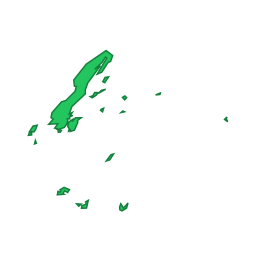 the district of Stykkishólmsbær, Vesturland, Iceland, rotated 169°
{"feature_id": "244011B37463664010444", "entity_name": "Stykkishólmsbær", "entity_type": "district", "adm_level": 2, "iso_a3": "ISL", "parent_name": "Iceland", "parent_adm1": "Vesturland", "projection": "orthographic", "projection_center": [-22.794, 65.108], "detail": "medium", "context": "isolated", "style": "filled", "palette": "green", "viewbox_px": 256, "rotation_deg": 169, "n_neighbors": 0, "source": "geoboundaries", "source_scale": "gbopen_adm2", "svg_char_len": 1945}
<svg xmlns="http://www.w3.org/2000/svg" viewBox="0 0 256 256"><g transform="rotate(169 128 128)"><path d="M172.6,179.3L170.8,178.6L173.1,174.0L183.8,166.8L188.3,166.4L199.7,157.5L201.6,152.9L199.7,151.0L205.1,146.8L196.0,145.6L200.0,141.8L197.2,140.6L197.2,137.1L195.2,136.9L193.8,138.3L196.9,139.8L190.4,140.7L186.9,144.0L185.6,147.2L185.9,148.7L183.5,148.1L183.3,149.9L179.8,150.9L182.2,151.4L179.8,153.8L183.0,153.0L179.0,159.8L163.3,169.7L162.7,173.5L158.9,179.9L143.2,194.4L149.5,192.1L140.8,197.4L136.6,202.0L135.4,200.7L148.0,186.7L143.0,187.8L135.2,196.0L132.4,196.7L129.2,202.0L134.7,208.2L156.7,198.7L172.1,185.5L172.6,179.3ZM185.4,135.6L181.0,136.1L176.2,143.1L176.2,145.0L172.0,147.0L177.6,148.0L181.7,145.0L180.7,147.0L185.2,145.1L186.9,141.1L185.9,138.6L186.9,136.3L185.0,137.1L185.4,135.6ZM210.1,75.9L203.5,75.2L204.3,76.0L202.2,78.5L199.5,76.2L197.2,78.7L202.1,81.9L206.6,80.3L205.9,79.2L206.8,77.9L208.8,79.2L210.1,75.9ZM149.7,47.8L144.8,49.5L142.3,54.4L147.7,50.2L149.5,55.0L151.3,52.1L151.6,49.3L149.7,47.8ZM189.0,58.1L184.0,57.3L180.8,64.6L183.7,63.6L183.2,61.9L184.4,61.1L188.1,60.5L189.0,58.1ZM225.3,143.3L221.0,142.1L219.0,144.1L216.6,148.1L220.9,148.0L225.3,143.3ZM137.3,181.9L140.9,182.0L143.9,178.3L142.2,176.9L137.3,181.9ZM155.6,99.8L151.9,100.2L147.1,105.3L149.9,105.0L155.6,99.8ZM157.3,164.5L153.0,166.2L150.7,168.4L153.9,169.2L156.4,166.3L159.1,166.0L157.3,164.5ZM227.2,139.8L223.3,139.5L224.8,140.2L223.5,141.3L225.3,143.1L227.2,139.8ZM147.0,170.0L150.6,167.6L142.5,170.3L147.0,170.0ZM127.6,159.1L125.9,156.3L123.6,158.0L124.9,160.1L127.6,159.1ZM94.6,155.2L90.2,154.8L89.6,156.2L94.6,155.2ZM28.8,120.0L31.6,118.0L28.9,115.1L29.7,118.2L28.8,120.0ZM148.1,152.1L150.6,151.6L151.6,150.6L149.9,148.7L148.1,152.1ZM192.9,63.4L191.3,60.6L188.5,62.2L192.9,63.4ZM221.3,133.4L222.8,130.2L220.8,130.5L221.3,133.4ZM129.9,145.7L131.8,144.5L128.4,144.6L129.9,145.7Z" fill="#22c55e" stroke="#15803d" stroke-width="1.5"/></g></svg>